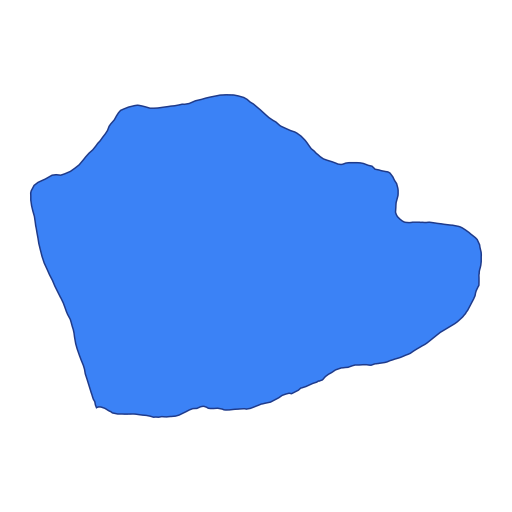 the district of Akurdet, Gash Barka, Eritrea
{"feature_id": "51966322B85187004782812", "entity_name": "Akurdet", "entity_type": "district", "adm_level": 2, "iso_a3": "ERI", "parent_name": "Eritrea", "parent_adm1": "Gash Barka", "projection": "mercator", "projection_center": [37.945, 15.559], "detail": "fine", "context": "isolated", "style": "filled", "palette": "blue", "viewbox_px": 512, "rotation_deg": 0, "n_neighbors": 0, "source": "geoboundaries", "source_scale": "gbopen_adm2", "svg_char_len": 4875}
<svg xmlns="http://www.w3.org/2000/svg" viewBox="0 0 512 512"><path d="M307.1,142.9L305.2,140.4L301.1,136.2L300.3,135.6L297.0,133.2L294.8,132.0L290.6,130.6L285.9,128.5L281.3,126.4L280.6,126.0L279.7,125.4L275.9,122.0L272.9,120.3L268.9,117.6L265.4,114.5L261.9,111.3L260.4,109.9L257.4,107.4L253.4,104.0L250.2,102.1L247.1,99.4L243.8,97.5L238.2,95.9L233.7,95.0L226.4,94.8L220.1,95.1L216.7,95.8L210.1,97.1L205.8,98.1L201.5,99.4L195.4,100.8L189.2,103.5L184.6,104.3L182.2,104.2L178.8,105.0L174.5,105.8L171.0,106.1L167.9,106.6L162.7,107.3L157.9,108.0L154.2,108.2L150.0,108.2L146.0,107.0L142.1,106.0L139.1,105.4L137.5,105.2L134.7,105.6L128.5,107.1L124.0,108.9L120.6,110.4L118.5,112.8L116.5,115.9L114.3,119.9L110.7,124.0L109.1,126.3L107.5,130.5L105.3,133.9L102.8,137.1L100.1,140.9L97.8,143.3L95.7,146.2L92.8,149.8L89.0,153.2L85.6,157.0L83.4,159.8L79.1,164.9L74.9,168.2L70.4,171.4L64.8,173.8L60.7,175.2L56.2,174.7L52.1,175.2L45.2,179.1L42.5,180.3L38.0,182.4L34.1,185.4L31.2,190.9L30.7,193.0L30.8,196.1L30.8,200.1L31.6,205.7L32.8,210.8L34.4,216.4L35.2,221.8L35.7,225.7L36.2,228.0L37.1,233.4L38.0,238.2L38.8,243.4L40.3,249.6L42.0,256.3L44.2,263.0L47.2,269.5L49.5,274.7L52.5,280.5L54.8,286.0L57.3,291.0L60.5,297.4L61.0,298.2L63.3,303.0L64.9,307.3L66.3,311.3L67.6,314.4L70.3,319.4L71.1,322.1L72.3,326.5L73.3,329.7L74.0,332.9L74.5,336.8L75.7,343.7L77.1,348.7L79.6,355.9L80.0,356.9L81.0,359.6L82.1,362.3L83.4,365.5L84.5,369.2L85.3,373.9L87.1,379.4L89.3,386.5L90.7,391.0L91.1,392.4L91.8,394.3L92.5,396.7L93.3,399.1L94.8,401.7L95.4,404.9L96.5,407.7L97.2,407.3L98.8,406.9L100.7,407.0L101.6,407.2L103.0,407.7L104.8,408.3L105.6,408.8L106.5,409.3L108.5,410.6L109.9,411.3L110.7,411.6L112.4,412.9L113.9,413.2L115.8,413.6L117.8,414.0L119.6,414.0L122.3,414.0L124.5,414.1L127.0,414.1L132.4,414.0L133.4,414.0L135.4,414.1L139.5,414.7L142.5,415.1L146.3,415.4L150.3,416.2L153.5,417.2L155.8,417.0L158.6,417.2L161.8,416.6L164.2,416.8L166.5,416.9L170.3,416.5L171.2,416.5L175.5,416.1L179.0,415.1L183.3,413.0L186.0,411.7L189.4,409.9L192.8,408.6L196.9,408.4L200.5,406.8L202.2,406.4L203.9,406.3L206.8,407.3L207.6,407.9L208.6,408.3L210.3,408.5L213.8,408.5L217.6,408.2L222.3,409.1L223.9,409.8L225.8,410.0L229.3,409.9L234.5,409.3L238.3,409.1L239.4,409.0L242.5,408.8L244.2,408.7L245.2,408.8L246.3,409.1L247.9,408.8L250.3,408.4L253.7,407.1L256.7,405.9L258.3,405.3L261.4,404.0L262.4,403.9L265.2,403.2L270.5,402.1L274.7,399.9L276.8,398.8L278.7,397.8L282.1,395.4L285.7,394.1L289.1,393.2L291.5,393.7L292.9,393.0L298.4,390.2L300.7,388.1L301.7,387.9L306.0,386.5L309.7,384.8L312.8,383.4L316.8,382.1L318.4,381.0L319.2,381.1L320.4,380.6L322.2,380.0L323.0,379.3L324.6,377.4L325.6,376.4L328.4,374.3L331.7,372.5L335.5,369.9L341.3,367.9L343.0,367.8L345.2,367.5L348.0,367.3L352.2,365.8L355.1,365.0L359.0,365.0L363.0,364.7L366.6,364.7L369.2,365.1L371.1,365.2L375.0,363.8L375.9,363.8L377.2,363.6L378.3,363.5L379.7,363.2L380.7,363.1L382.7,362.8L384.8,362.5L387.1,361.9L390.1,360.6L392.8,359.8L394.4,359.2L396.5,358.6L398.6,358.0L400.7,357.3L403.1,356.3L405.6,355.2L408.3,354.2L410.3,353.3L413.6,351.0L416.8,349.0L420.6,346.8L421.9,346.0L423.4,345.2L424.9,344.4L427.1,342.9L437.3,334.7L438.6,333.7L440.2,332.4L454.7,323.7L457.2,321.9L458.8,320.5L462.7,316.9L464.3,314.9L465.5,313.6L466.2,312.2L467.6,310.4L469.6,306.6L473.8,298.6L474.2,297.5L474.7,296.6L475.1,295.4L475.3,294.3L475.5,293.1L475.9,291.7L476.3,290.5L476.8,289.5L477.1,288.8L477.5,288.0L478.0,286.9L478.5,286.1L478.9,285.2L479.0,281.6L479.0,280.1L479.0,279.1L479.0,277.8L478.9,275.2L479.0,274.4L479.2,273.3L479.2,272.5L479.3,271.3L479.7,269.5L480.3,267.4L480.8,265.1L481.2,261.5L481.2,260.4L481.2,258.8L481.2,256.6L481.3,255.2L481.2,253.5L481.1,252.2L479.9,247.1L479.6,244.8L477.2,239.6L476.2,238.5L475.3,237.6L473.9,236.5L472.4,235.3L470.8,234.1L469.0,232.5L465.1,229.7L462.1,227.8L460.2,226.9L458.6,226.4L452.5,225.2L450.7,225.1L444.1,224.3L441.8,223.9L436.7,223.3L435.8,223.1L434.8,223.0L433.8,222.8L429.4,222.2L427.9,222.3L426.3,222.5L425.6,222.5L424.6,222.5L423.5,222.4L422.6,222.3L421.9,222.3L420.8,222.4L419.5,222.2L415.5,222.2L414.3,222.2L412.6,222.2L411.0,222.5L409.8,222.6L408.7,222.6L407.5,222.5L406.1,222.4L404.7,222.2L404.0,221.9L403.2,221.5L402.5,221.1L401.6,220.5L400.8,219.8L400.1,219.3L398.2,217.4L397.5,216.7L396.6,215.2L395.9,213.5L395.5,212.2L395.8,207.9L395.9,205.4L396.1,202.6L397.6,197.0L398.0,195.4L398.1,193.7L398.1,192.2L398.1,190.3L397.9,188.7L397.6,187.3L396.6,183.6L394.9,181.0L394.1,179.6L392.9,177.0L391.6,175.2L389.9,173.0L388.3,172.1L387.4,171.8L385.9,171.6L381.8,170.8L380.6,170.5L379.1,170.0L375.0,169.2L374.2,168.3L372.0,166.2L368.2,165.3L363.5,163.5L360.4,162.9L357.2,162.7L352.6,162.7L348.9,162.7L345.8,163.1L342.8,164.2L341.1,164.5L338.0,164.1L335.7,163.1L332.2,161.8L327.0,160.2L323.4,158.9L320.1,156.6L318.0,154.7L316.1,153.2L314.2,151.1L311.2,148.7L308.6,145.1L307.1,142.9Z" fill="#3b82f6" stroke="#1e3a8a" stroke-width="1.5"/></svg>